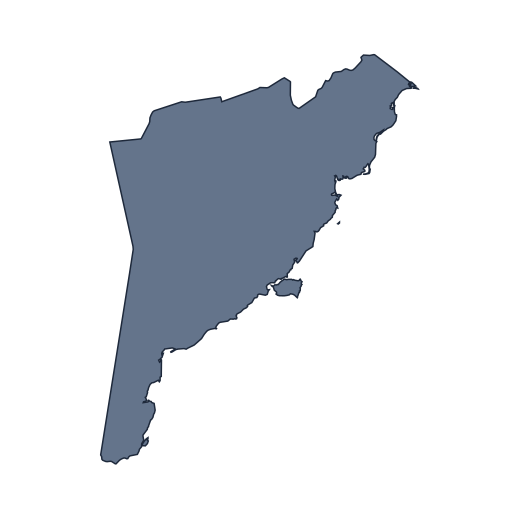 an SVG outline of Sonora, rotated 258°
{"feature_id": "MEX-2712", "entity_name": "Sonora", "entity_type": "State", "adm_level": 1, "iso_a3": "MEX", "parent_name": "Mexico", "parent_adm1": "", "projection": "albers", "projection_center": [-111.078, 29.368], "detail": "fine", "context": "isolated", "style": "filled", "palette": "slate", "viewbox_px": 512, "rotation_deg": 258, "n_neighbors": 0, "source": "natural_earth", "source_scale": "10m", "svg_char_len": 6124}
<svg xmlns="http://www.w3.org/2000/svg" viewBox="0 0 512 512"><g transform="rotate(258 256 256)"><path d="M93.7,62.7L265.0,128.6L288.0,137.3L291.2,137.7L397.9,136.7L394.5,167.4L394.7,168.2L407.6,178.9L409.5,180.0L413.2,181.0L415.8,182.7L418.3,184.8L419.2,186.6L422.3,215.3L421.1,218.8L419.0,254.1L417.7,254.5L414.0,254.6L419.1,292.5L420.0,294.9L418.3,301.6L418.3,303.2L423.8,318.3L424.4,320.8L419.8,325.5L419.1,325.9L406.1,323.0L401.0,323.0L396.8,323.6L395.9,324.0L392.9,326.7L391.9,327.7L391.4,328.8L399.3,347.4L405.2,350.9L405.8,351.9L406.4,354.6L407.1,355.7L413.1,360.6L412.3,362.1L412.3,363.9L414.7,366.4L418.3,368.9L418.9,369.7L419.4,371.8L418.8,377.8L420.1,380.8L420.4,382.6L419.9,383.9L418.1,386.5L417.7,388.0L417.8,389.4L419.2,392.0L424.2,399.1L425.6,400.3L428.5,400.0L430.2,402.9L428.5,409.0L428.5,413.0L428.2,413.9L406.8,432.4L394.5,442.3L394.1,443.3L393.1,441.4L391.5,440.5L392.3,441.7L390.0,441.4L388.5,443.2L388.0,443.3L387.8,442.4L388.5,438.1L387.5,433.3L384.2,429.0L381.8,427.2L380.2,424.8L378.5,423.3L375.3,422.6L374.9,422.1L375.5,422.0L377.8,422.7L377.5,421.6L377.1,421.4L377.4,420.8L377.1,420.1L375.3,420.0L374.8,418.4L373.5,419.3L373.2,418.2L372.3,417.9L371.1,419.4L371.0,420.1L372.7,420.6L372.9,421.0L372.6,421.8L374.3,422.5L374.2,423.0L372.2,422.1L368.2,421.4L365.8,421.6L365.0,422.2L364.9,422.8L363.3,422.5L359.2,420.9L355.7,417.3L354.3,415.1L353.4,410.8L352.6,409.5L351.6,406.7L349.3,403.1L349.5,402.5L351.6,405.7L352.7,406.5L351.3,403.1L350.8,399.3L348.9,396.9L347.2,395.9L345.4,395.7L344.2,396.4L342.9,398.0L341.3,396.7L330.5,394.0L327.9,392.6L324.2,388.1L321.7,386.3L320.8,385.8L318.9,385.3L317.7,385.4L317.6,384.8L322.3,385.2L323.0,384.6L320.5,382.0L320.0,381.2L320.3,380.1L319.6,379.8L318.9,379.0L317.2,380.3L316.1,380.0L315.7,376.5L314.1,375.6L314.0,371.8L311.9,365.9L311.9,363.9L312.4,362.9L314.5,362.2L315.1,361.4L315.0,360.4L314.3,360.2L313.6,360.7L313.2,361.4L313.6,359.4L313.9,358.9L315.9,358.3L316.2,357.6L314.3,357.5L313.4,357.0L313.2,356.1L313.9,354.7L313.1,354.5L312.6,354.1L312.5,353.4L312.8,352.6L313.5,353.3L313.8,353.0L314.0,351.8L317.6,351.4L318.3,350.8L318.0,349.6L316.9,350.1L313.8,348.7L312.4,348.8L313.1,349.5L312.8,349.8L312.0,349.6L309.5,348.1L305.6,347.1L301.8,347.1L299.8,347.6L299.8,347.2L302.0,346.3L301.4,344.9L301.0,342.9L300.3,342.5L299.7,342.6L299.4,343.2L299.2,345.9L297.5,348.0L298.3,347.9L298.8,348.1L299.0,348.7L298.8,350.3L297.8,351.8L296.1,349.3L294.6,348.9L293.5,347.6L295.0,346.8L292.9,344.8L291.7,344.1L289.4,344.6L288.4,345.8L285.9,345.9L286.5,344.9L286.0,344.2L285.2,343.8L284.7,343.8L283.9,342.9L282.3,342.5L279.7,339.2L278.0,338.7L277.4,337.4L276.4,336.3L275.4,334.0L273.6,332.0L273.2,329.3L272.7,328.6L271.5,328.5L270.3,325.1L267.9,322.9L267.2,321.9L266.9,320.6L267.7,319.2L268.0,318.1L266.1,318.5L260.0,316.3L256.6,314.6L253.4,313.6L250.6,306.0L242.1,297.5L240.6,295.3L240.8,294.9L241.4,294.9L243.5,293.8L244.5,295.5L245.0,295.8L245.3,295.5L245.6,294.3L244.9,292.5L241.9,292.5L239.6,290.1L236.3,288.8L236.0,287.6L235.3,287.3L235.4,286.7L233.4,285.0L232.3,282.9L229.0,282.3L228.8,281.9L229.8,281.0L228.8,277.4L228.7,275.9L228.0,275.7L229.2,273.5L229.1,272.9L228.5,271.6L227.6,270.6L227.8,270.0L225.9,268.7L226.6,266.2L226.8,264.7L225.3,260.9L224.0,259.9L221.3,259.9L220.4,260.5L220.3,262.0L219.0,260.6L216.1,259.0L215.7,257.0L218.0,251.7L218.0,250.3L217.5,249.5L216.4,249.3L215.2,248.2L215.2,245.7L211.3,242.2L209.8,237.8L209.3,237.2L208.4,237.3L207.4,235.9L206.6,232.7L204.4,229.3L203.4,225.7L202.8,224.8L201.9,224.2L201.5,224.5L200.7,224.1L199.6,224.5L198.7,224.0L198.5,223.2L199.1,222.1L198.9,221.0L199.7,217.7L198.2,214.9L198.6,207.1L198.1,205.5L195.7,202.6L194.7,201.9L193.8,201.8L193.3,202.3L193.0,201.9L193.7,200.7L193.8,196.3L193.4,193.8L192.6,192.1L190.3,189.2L186.6,185.6L181.8,177.1L180.1,170.3L179.4,168.3L180.4,166.4L181.2,160.2L181.1,158.1L179.5,153.7L179.5,152.8L180.0,152.7L180.3,153.3L181.6,157.3L182.0,157.5L183.5,155.0L184.0,147.3L182.9,146.3L181.8,144.5L180.4,143.5L178.9,143.4L179.0,143.9L180.4,144.7L180.2,145.2L176.3,142.9L175.7,141.5L175.0,140.8L174.4,139.1L172.2,139.6L172.8,140.6L174.6,141.7L173.9,141.9L157.9,138.3L157.4,137.0L154.1,136.3L153.0,135.3L153.4,135.0L154.3,135.2L154.8,134.7L153.5,129.6L153.6,127.7L152.4,125.7L149.6,123.6L147.3,122.5L146.4,121.6L144.9,121.5L141.2,119.4L140.8,118.3L137.9,119.1L136.9,118.1L136.8,115.7L136.0,115.2L135.7,119.9L136.0,120.4L136.8,120.3L137.2,121.1L136.6,121.4L135.7,122.4L135.5,123.2L134.3,123.6L133.0,125.7L126.2,125.3L123.7,124.1L122.5,123.0L119.6,121.6L117.7,119.7L117.6,118.9L112.2,115.6L111.4,115.4L110.7,114.3L109.0,113.6L104.5,108.4L103.5,108.0L99.2,107.9L96.1,105.1L93.2,104.4L91.2,101.8L89.5,101.0L86.6,98.7L86.7,91.2L85.9,89.7L84.5,88.5L84.5,87.5L85.7,85.7L85.9,84.4L85.4,82.0L84.6,80.0L81.8,75.9L82.0,75.1L85.0,72.1L85.5,70.8L85.8,67.6L86.3,66.2L88.1,63.6L89.2,63.0L91.9,63.3L93.7,62.7ZM223.1,294.4L221.2,295.7L220.3,294.7L219.3,294.6L218.5,295.0L218.1,294.1L217.3,294.0L215.7,292.4L215.0,292.6L212.8,292.0L212.8,291.2L211.3,290.9L211.2,290.3L208.4,288.7L207.7,288.0L207.1,288.1L206.6,287.7L209.7,285.6L210.9,284.2L211.9,281.8L211.1,280.6L211.0,278.1L211.2,275.4L212.3,270.6L213.2,268.9L214.6,267.7L215.4,268.5L216.6,268.5L218.7,266.8L222.0,266.5L223.2,265.3L223.9,265.0L223.0,266.4L223.2,267.4L223.9,268.4L223.4,270.1L223.7,270.8L223.4,271.7L225.4,274.3L227.5,278.9L226.5,281.0L226.4,283.0L225.7,286.1L224.8,287.0L225.1,287.8L224.2,289.0L223.0,292.1L223.2,293.4L223.8,293.7L224.2,294.4L223.7,294.7L223.1,294.4ZM94.1,105.4L95.7,105.8L97.9,108.0L100.0,110.7L100.8,112.6L99.5,112.3L98.7,111.3L97.5,112.2L95.1,110.8L93.3,108.3L94.1,105.4ZM389.1,447.6L389.3,443.3L389.8,442.7L390.9,442.7L392.7,443.4L393.1,444.8L389.1,447.6ZM313.2,383.7L313.2,379.7L313.8,377.6L313.5,380.0L313.8,382.8L314.8,384.0L317.2,384.8L317.0,385.7L314.1,384.6L313.2,383.7ZM343.8,397.7L345.3,397.9L347.1,398.7L348.6,399.8L349.7,401.7L349.3,401.7L348.0,400.0L346.8,399.0L343.8,397.7ZM385.7,449.3L386.9,446.8L387.3,445.1L387.7,445.3L387.9,446.0L387.4,447.4L386.2,449.1L385.7,449.3ZM270.9,344.5L270.2,343.1L270.6,342.6L271.8,344.7L270.9,344.5Z" fill="#64748b" stroke="#1e293b" stroke-width="1.5"/></g></svg>